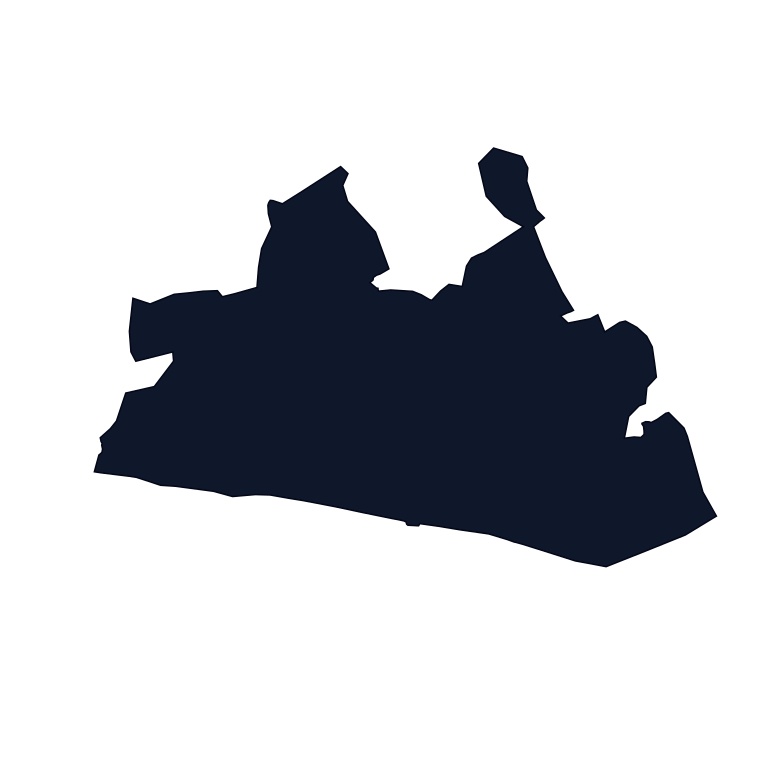 Gada, Sokoto, Nigeria (Albers equal-area conic projection), rotated 169°
{"feature_id": "59680162B52281011363885", "entity_name": "Gada", "entity_type": "district", "adm_level": 2, "iso_a3": "NGA", "parent_name": "Nigeria", "parent_adm1": "Sokoto", "projection": "albers", "projection_center": [5.67, 13.685], "detail": "fine", "context": "isolated", "style": "filled", "palette": "ink", "viewbox_px": 768, "rotation_deg": 169, "n_neighbors": 0, "source": "geoboundaries", "source_scale": "gbopen_adm2", "svg_char_len": 2110}
<svg xmlns="http://www.w3.org/2000/svg" viewBox="0 0 768 768"><g transform="rotate(169 384 384)"><path d="M685.1,353.1L679.2,351.0L676.8,350.2L652.1,342.2L651.7,342.1L644.8,339.6L622.6,327.2L608.5,323.5L571.8,311.2L556.5,303.6L554.0,302.4L548.1,301.8L531.3,300.0L517.0,296.8L499.8,290.2L485.4,284.9L455.4,272.9L429.5,261.9L401.0,250.1L395.9,248.1L390.6,245.8L388.7,244.4L388.5,242.0L387.5,240.8L377.1,238.2L375.5,240.1L358.4,234.2L337.3,226.4L329.8,223.8L309.7,216.8L292.5,207.7L286.5,204.1L284.6,203.3L278.8,200.4L266.2,193.6L229.9,173.8L216.3,168.5L200.8,162.3L153.1,171.3L117.0,178.3L85.1,190.1L82.9,190.9L91.6,217.1L96.2,274.7L97.9,283.5L110.0,301.6L112.9,301.5L122.6,297.1L128.6,295.3L129.7,295.5L131.0,296.3L134.4,297.1L136.6,296.6L138.3,296.2L138.4,295.4L137.3,292.9L137.7,288.3L138.3,284.9L142.0,282.5L148.7,284.3L158.4,284.9L150.0,305.5L137.8,313.9L131.2,315.1L126.6,330.6L115.3,338.8L114.4,352.5L113.6,369.2L117.0,380.7L124.9,391.3L135.0,399.7L140.9,399.5L157.4,393.0L160.9,411.2L169.2,408.7L191.7,408.7L197.7,417.1L191.2,418.7L190.4,418.9L189.4,419.0L186.6,419.4L183.9,420.2L185.5,424.4L191.7,440.7L201.4,477.3L207.2,509.9L199.9,514.0L197.0,515.3L194.9,516.4L201.2,525.8L205.2,555.8L201.6,568.6L205.0,580.9L231.4,594.7L249.0,582.5L247.8,548.8L233.6,525.5L217.2,511.8L260.5,494.0L267.2,492.8L274.1,490.9L280.5,484.1L288.6,464.8L301.2,469.4L310.7,464.5L321.0,457.1L323.0,458.0L330.4,464.5L338.2,469.5L359.4,475.0L371.6,476.2L371.8,477.3L371.8,478.0L371.6,479.1L373.2,479.7L378.5,486.2L374.9,488.2L374.1,490.6L370.7,492.2L366.9,492.7L357.2,496.1L363.4,534.8L384.9,570.2L386.6,586.8L379.2,597.4L385.1,605.7L429.9,587.8L449.3,580.3L458.0,585.2L460.6,586.0L462.5,584.1L463.9,581.6L465.0,573.2L464.2,559.7L478.3,540.3L484.9,522.4L490.3,503.0L513.4,501.1L526.0,500.5L529.7,507.4L543.9,509.6L557.1,510.6L572.9,512.1L598.3,507.2L614.1,516.1L623.9,484.3L626.3,463.8L623.3,453.7L585.2,455.8L586.2,446.6L610.0,425.3L639.2,424.4L653.7,398.7L661.2,392.3L672.8,385.4L672.7,381.3L672.0,379.5L672.8,377.8L672.7,373.8L674.0,370.6L677.4,368.7L685.1,353.1Z" fill="#0f172a" stroke="#020617" stroke-width="1.5"/></g></svg>